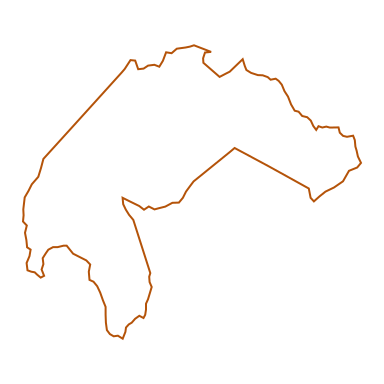 Itauçu, Goiás, Brazil
{"feature_id": "56859067B31069822837924", "entity_name": "Itauçu", "entity_type": "district", "adm_level": 2, "iso_a3": "BRA", "parent_name": "Brazil", "parent_adm1": "Goiás", "projection": "equal_earth", "projection_center": [-49.6, -16.218], "detail": "fine", "context": "isolated", "style": "outline", "palette": "amber", "viewbox_px": 384, "rotation_deg": 0, "n_neighbors": 0, "source": "geoboundaries", "source_scale": "gbopen_adm2", "svg_char_len": 1900}
<svg xmlns="http://www.w3.org/2000/svg" viewBox="0 0 384 384"><path d="M122.7,338.7L125.4,331.9L126.0,327.5L128.8,324.4L131.7,322.7L135.1,318.8L139.3,315.8L143.5,318.0L145.2,314.8L146.0,309.6L146.0,303.7L148.0,299.3L151.7,287.0L149.6,282.1L149.2,276.7L150.3,273.1L133.3,219.9L129.1,214.9L125.8,209.6L123.2,204.2L122.6,197.8L129.8,201.4L139.2,206.0L144.0,209.7L148.8,206.5L154.5,209.4L158.5,208.3L165.3,206.6L172.4,202.8L178.9,202.6L182.9,197.8L186.0,191.6L189.9,186.3L193.6,181.4L230.6,151.4L234.6,148.0L268.9,166.4L308.8,188.5L310.6,197.8L313.9,201.4L319.6,196.3L325.5,191.6L334.0,187.5L343.0,181.3L349.0,170.8L357.2,167.5L361.0,162.9L357.9,156.5L356.6,150.6L355.4,146.6L354.8,140.1L353.1,135.7L347.0,136.8L343.1,135.9L339.8,132.7L338.5,127.4L333.2,127.5L329.6,127.5L326.3,126.6L322.3,127.5L318.5,126.2L316.2,129.9L313.3,126.0L310.8,120.6L307.2,117.2L302.2,116.0L298.6,111.7L294.7,110.7L291.1,104.5L288.0,96.6L284.5,91.2L281.8,84.7L278.7,80.9L275.7,78.7L270.6,79.7L267.7,77.1L262.7,75.3L257.9,75.1L251.1,72.9L246.4,70.0L244.8,66.0L242.7,59.2L229.7,71.7L226.3,73.4L219.6,76.9L203.4,62.8L203.1,58.3L205.0,52.5L211.1,51.9L194.0,45.3L190.0,46.6L185.6,47.5L176.8,48.7L171.6,53.2L166.1,52.3L162.9,60.8L159.3,66.7L154.4,64.8L148.1,65.6L143.6,68.6L138.2,69.2L135.2,60.6L130.5,60.1L124.7,69.0L121.7,72.5L75.8,123.2L43.4,158.9L41.0,168.0L38.3,176.8L31.8,184.3L28.5,190.9L24.7,197.4L23.3,209.4L23.6,215.3L23.0,221.5L26.8,225.5L25.0,232.8L26.4,240.2L27.1,247.3L30.6,249.6L29.5,256.1L26.6,263.0L27.5,270.3L31.3,271.7L34.7,272.3L37.2,274.7L40.7,277.6L44.1,275.8L41.6,269.5L43.4,264.1L42.7,258.2L45.8,253.3L48.3,249.7L53.1,247.1L57.7,247.1L63.5,245.7L66.7,245.7L73.1,253.7L86.3,260.4L90.2,264.5L88.8,271.7L89.5,279.9L93.5,281.7L97.2,286.2L100.2,292.6L102.9,300.2L105.6,306.9L105.6,314.8L105.9,322.7L106.9,330.1L109.9,334.1L113.7,336.3L117.9,335.7L122.7,338.7Z" fill="none" stroke="#b45309" stroke-width="2"/></svg>